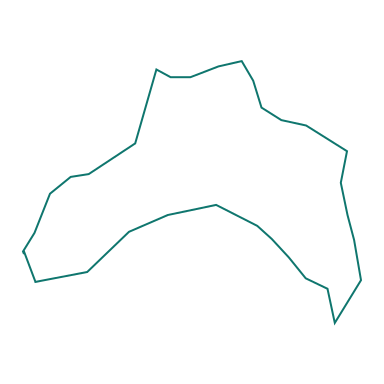 the district of Dongnae-gu, Busan, South Korea
{"feature_id": "91817680B12008242239928", "entity_name": "Dongnae-gu", "entity_type": "district", "adm_level": 2, "iso_a3": "KOR", "parent_name": "South Korea", "parent_adm1": "Busan", "projection": "equal_earth", "projection_center": [129.073, 35.197], "detail": "fine", "context": "isolated", "style": "outline", "palette": "teal", "viewbox_px": 384, "rotation_deg": 0, "n_neighbors": 0, "source": "geoboundaries", "source_scale": "gbopen_adm2", "svg_char_len": 543}
<svg xmlns="http://www.w3.org/2000/svg" viewBox="0 0 384 384"><path d="M347.0,151.2L306.1,125.5L281.3,120.1L261.5,107.6L253.2,80.7L241.7,61.1L218.5,66.4L190.4,77.2L170.6,77.2L156.4,69.5L135.2,143.4L88.7,174.1L70.7,176.9L50.0,193.7L34.5,232.9L23.0,251.5L23.4,252.5L24.0,251.5L35.3,281.5L35.4,281.9L87.2,272.0L129.0,231.8L167.8,215.0L216.1,204.9L257.3,225.9L271.8,239.0L288.8,257.4L305.7,278.3L327.5,288.8L334.3,320.6L334.8,322.9L361.0,280.2L354.1,240.0L347.5,215.0L340.8,182.8L347.0,151.2Z" fill="none" stroke="#0f766e" stroke-width="2"/></svg>